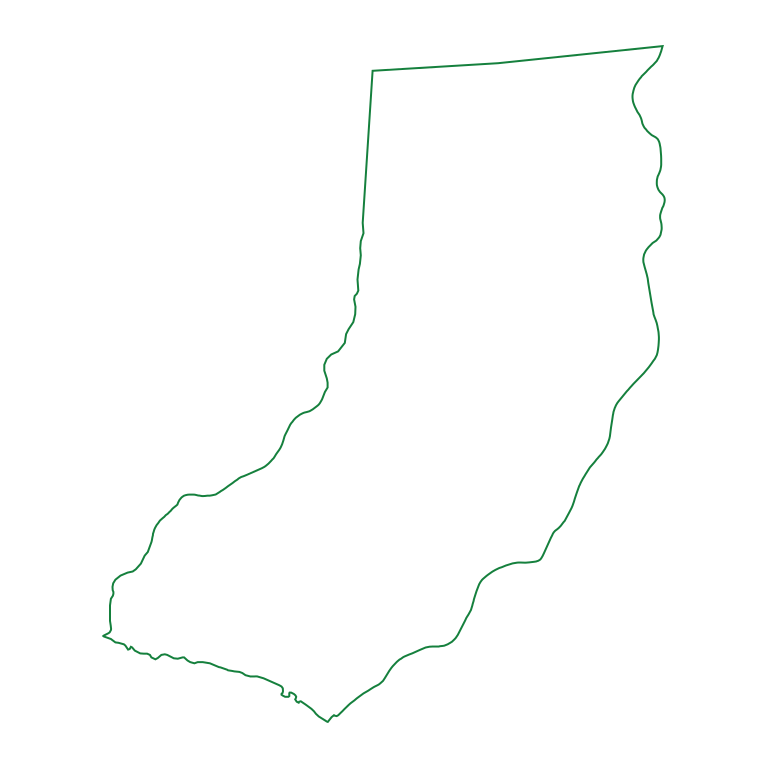 Industry, Choiseul, Saint Lucia (Mercator projection)
{"feature_id": "8701671B28263897430178", "entity_name": "Industry", "entity_type": "district", "adm_level": 2, "iso_a3": "LCA", "parent_name": "Saint Lucia", "parent_adm1": "Choiseul", "projection": "mercator", "projection_center": [-61.06, 13.791], "detail": "fine", "context": "isolated", "style": "outline", "palette": "green", "viewbox_px": 768, "rotation_deg": 0, "n_neighbors": 0, "source": "geoboundaries", "source_scale": "gbopen_adm2", "svg_char_len": 6082}
<svg xmlns="http://www.w3.org/2000/svg" viewBox="0 0 768 768"><path d="M662.6,46.1L498.1,63.2L372.6,70.8L362.7,222.9L363.5,233.2L360.8,241.1L360.2,248.2L360.8,255.3L359.9,263.9L358.6,269.5L357.5,279.5L358.0,286.3L358.3,290.6L356.9,293.7L354.7,296.0L354.1,299.4L355.5,306.8L355.2,314.2L353.3,322.1L348.6,329.2L346.1,334.1L344.8,342.9L338.1,351.4L331.2,354.5L326.8,358.8L324.3,364.8L324.3,370.7L326.8,378.4L327.6,382.7L327.6,387.5L324.9,392.0L322.2,399.0L321.5,400.4L319.9,403.1L318.9,404.4L318.1,405.2L317.0,406.1L312.8,409.3L310.3,410.8L309.3,411.3L306.5,412.1L304.7,412.5L303.5,412.9L302.2,413.5L299.9,414.7L295.9,417.7L295.2,418.4L293.9,419.8L292.2,422.1L291.5,422.8L290.2,424.7L287.4,430.5L285.6,434.0L284.6,436.1L283.4,440.4L282.1,444.3L280.6,447.6L279.4,449.6L276.1,454.2L274.8,456.4L273.5,458.4L272.4,459.4L271.1,460.9L268.5,463.6L266.0,465.7L264.5,466.8L261.9,468.2L246.5,475.0L243.6,476.2L241.2,477.0L238.6,478.5L237.5,479.5L234.9,481.2L232.6,483.0L228.0,486.2L225.8,487.9L223.1,489.8L220.6,491.3L220.0,491.8L215.7,494.5L212.0,495.3L209.5,495.7L207.2,495.7L204.8,496.0L202.2,496.1L198.9,495.5L198.2,495.5L194.9,494.7L193.2,494.6L189.3,494.6L187.8,494.7L185.9,495.1L185.2,495.3L183.8,495.8L181.6,497.4L181.0,498.1L179.5,499.9L178.1,502.6L177.4,504.6L176.4,505.5L173.5,507.8L172.3,508.9L170.4,511.2L169.8,511.6L167.7,513.8L165.7,515.2L164.3,516.8L162.6,518.2L159.9,520.6L158.2,523.1L156.6,525.1L156.0,526.2L155.1,527.8L154.3,529.6L153.6,532.0L153.0,533.8L152.9,535.3L152.4,537.3L151.9,540.2L151.5,541.9L147.8,552.0L144.7,555.6L140.9,563.6L135.8,569.3L132.7,571.5L127.6,572.6L120.5,575.6L115.4,579.7L113.2,583.3L112.5,586.9L112.7,590.2L113.4,591.9L113.4,593.8L112.9,595.7L110.9,598.8L110.0,605.4L110.0,620.9L110.7,625.4L111.1,629.0L110.9,630.1L109.7,632.3L108.5,633.2L105.3,634.8L103.9,635.5L103.3,636.0L103.9,636.5L110.9,639.0L115.4,642.4L118.5,642.8L123.9,644.3L125.4,645.6L128.1,649.6L129.7,649.0L130.9,646.8L132.1,647.4L134.8,650.6L140.2,653.4L144.2,653.7L147.2,653.7L149.9,654.9L151.4,657.4L155.4,659.3L157.8,658.0L161.4,654.9L164.8,654.3L167.2,654.9L173.8,658.3L177.8,658.7L182.6,657.4L184.1,657.4L187.5,660.5L190.2,662.1L194.4,663.3L197.8,662.1L202.6,662.1L209.9,663.3L218.9,667.1L220.5,667.4L227.1,669.7L228.0,670.3L231.9,670.9L234.4,671.4L239.4,671.9L242.3,673.0L245.5,675.2L250.5,676.5L257.1,676.4L263.6,678.3L279.2,685.2L281.5,686.5L282.8,688.3L283.0,691.2L282.6,692.9L281.6,693.7L281.5,694.7L282.6,695.5L285.1,696.8L288.4,696.8L289.3,696.1L289.3,693.2L289.6,692.6L291.2,692.6L293.9,694.0L295.4,695.3L296.2,696.7L296.0,697.8L295.2,699.4L296.7,701.7L298.7,702.7L299.2,701.7L300.8,701.3L305.8,704.7L311.5,708.9L314.0,711.3L315.9,713.8L318.8,716.5L326.9,721.6L327.8,721.9L331.6,717.1L334.0,715.2L334.7,715.7L336.7,716.1L338.3,715.2L340.5,713.0L342.4,711.2L344.3,709.2L348.5,705.1L350.5,703.3L354.4,700.4L356.6,698.5L358.6,697.0L363.5,693.4L368.2,690.7L370.6,689.1L373.6,687.2L374.7,686.6L377.5,685.2L378.8,684.5L380.2,683.4L383.0,680.9L384.9,678.0L389.3,670.8L391.5,667.7L392.9,666.0L396.8,661.9L397.7,661.1L399.6,659.5L400.8,658.9L403.3,657.1L404.5,656.5L409.2,654.5L412.4,653.3L419.7,650.0L425.6,647.5L429.6,646.7L433.3,646.5L438.9,646.5L440.0,646.2L442.1,646.0L444.2,645.7L445.7,645.1L447.7,644.3L451.9,641.8L454.3,639.5L455.7,638.0L457.8,634.9L465.0,620.8L466.4,617.8L468.6,614.3L471.0,609.9L471.5,608.2L472.3,605.6L472.7,603.9L473.6,601.0L473.9,599.4L474.8,596.5L476.5,591.2L478.6,585.7L479.3,584.0L480.6,581.8L482.0,579.9L483.1,578.8L486.5,575.9L488.2,574.6L492.0,571.9L493.3,571.1L495.6,569.8L499.3,568.0L501.8,567.2L505.9,565.5L508.8,564.6L512.6,563.4L517.4,562.6L519.7,562.5L525.4,562.7L529.1,562.4L534.1,561.8L536.1,561.5L536.9,561.2L538.2,560.8L539.4,560.1L540.3,559.5L541.3,558.2L542.6,556.0L543.9,553.3L550.9,537.8L552.1,535.5L552.8,533.9L553.7,532.4L555.1,530.8L557.4,529.1L558.8,527.9L560.8,525.8L561.7,524.6L563.5,522.2L564.7,520.9L569.0,512.9L571.5,508.1L572.5,505.8L574.0,501.5L574.8,498.7L576.8,492.7L579.2,486.0L579.8,484.9L580.7,482.8L582.8,478.8L584.6,475.9L585.4,474.5L589.9,467.4L591.4,465.7L594.2,462.5L595.4,461.0L596.5,459.5L597.9,458.0L598.6,457.1L600.1,455.5L601.2,454.3L602.8,452.1L604.2,450.0L604.9,449.0L606.3,446.4L607.8,443.4L609.4,438.6L609.9,436.3L610.6,430.7L611.0,427.6L612.0,421.2L612.2,420.0L612.9,415.1L613.2,413.8L613.5,411.9L614.9,407.6L615.3,406.9L615.9,405.4L617.3,403.0L618.5,401.4L626.7,391.4L628.4,389.6L629.8,387.9L633.5,383.8L643.8,373.2L648.8,367.2L651.6,363.4L653.3,360.9L654.9,358.8L656.8,355.1L657.5,352.5L658.0,349.7L658.5,345.7L658.7,343.0L658.9,339.5L658.9,337.1L658.7,334.3L658.5,332.0L658.1,329.8L657.8,328.3L657.4,326.0L656.7,323.0L655.6,319.8L654.5,317.0L653.6,314.4L653.3,312.1L651.6,303.0L649.7,291.5L648.3,283.1L647.7,278.5L646.7,274.2L645.4,269.6L644.7,267.2L643.4,262.1L643.3,260.2L643.3,259.1L643.4,258.0L644.1,254.4L645.8,250.8L646.3,250.0L647.2,248.8L647.8,248.1L648.4,247.3L652.6,243.0L656.3,240.6L658.6,238.0L659.5,236.8L660.5,234.8L661.3,231.0L661.6,229.6L661.7,228.0L661.5,224.7L661.3,223.3L660.6,220.4L660.2,218.8L660.1,217.8L660.1,215.6L660.3,214.3L661.0,211.9L662.4,207.7L663.2,206.4L663.7,205.0L664.5,202.2L664.7,200.6L664.7,199.5L664.5,198.0L664.0,196.7L663.6,196.0L662.6,194.6L660.0,192.0L659.1,190.7L658.6,190.0L658.0,188.7L657.4,187.1L656.9,185.1L656.8,183.8L656.8,182.1L656.9,179.9L657.7,176.4L658.5,174.8L659.4,172.7L660.3,170.3L660.5,169.4L661.0,166.8L661.2,164.9L661.2,162.8L661.2,158.7L661.1,155.8L660.5,148.2L660.3,146.9L660.0,145.5L659.7,143.8L659.2,142.0L658.5,140.5L657.8,139.2L657.2,138.6L655.7,137.3L651.7,135.1L649.5,133.2L647.2,131.0L646.1,129.5L644.6,127.9L643.7,126.4L642.4,123.6L641.7,120.4L641.1,118.4L640.4,116.8L639.5,114.9L637.5,112.0L634.9,106.8L634.2,105.1L633.3,102.6L632.9,100.9L632.6,98.6L632.5,97.2L632.5,95.8L632.7,93.8L633.0,92.7L633.4,90.8L634.3,87.7L635.5,85.0L638.5,80.4L639.9,78.5L641.1,77.2L641.6,76.3L645.1,72.9L646.3,71.7L647.6,70.2L651.3,66.5L652.5,65.5L653.7,64.3L654.3,63.6L656.0,61.8L656.9,60.8L657.2,60.2L657.8,59.1L658.6,57.8L659.7,55.3L660.3,53.7L660.5,53.0L661.1,51.5L661.9,48.6L662.6,46.1Z" fill="none" stroke="#15803d" stroke-width="2"/></svg>